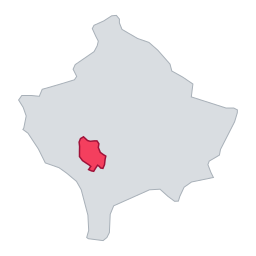 Orahovac on a map of Kosovo (Natural Earth projection)
{"feature_id": "KOS-5891", "entity_name": "Orahovac", "entity_type": "District", "adm_level": 1, "iso_a3": "XKX", "parent_name": "Kosovo", "parent_adm1": "", "projection": "natural_earth1", "projection_center": [20.611, 42.394], "detail": "fine", "context": "in_parent", "style": "filled", "palette": "rose", "viewbox_px": 256, "rotation_deg": 0, "n_neighbors": 0, "source": "natural_earth", "source_scale": "10m", "svg_char_len": 1332}
<svg xmlns="http://www.w3.org/2000/svg" viewBox="0 0 256 256"><path d="M58.6,84.6L74.4,79.8L76.7,76.4L73.1,69.2L75.2,64.6L94.1,51.6L97.2,45.8L98.3,41.1L95.8,36.3L92.3,28.6L94.0,25.3L103.8,20.9L111.7,15.8L116.4,15.4L119.4,19.1L119.4,22.9L122.0,29.4L127.8,32.8L137.6,38.5L148.9,42.4L157.8,50.2L170.0,64.1L171.8,71.0L182.7,77.1L192.9,84.0L191.3,96.9L225.9,108.0L233.7,108.0L237.4,109.9L237.3,112.8L234.6,121.8L220.5,149.4L219.4,155.1L209.2,161.1L207.9,164.6L210.8,172.2L213.4,177.5L213.2,177.5L191.5,182.0L184.1,187.2L179.8,196.4L178.4,201.1L174.6,201.3L168.1,196.5L160.0,189.2L149.5,189.8L113.7,205.8L110.2,214.3L109.4,232.5L106.9,237.5L103.1,240.6L88.3,238.7L86.7,237.5L88.7,230.4L87.9,215.1L81.2,189.7L76.5,181.4L66.6,173.1L59.0,167.7L45.3,162.9L38.4,149.0L28.0,133.2L22.9,129.5L23.8,128.0L26.2,116.0L23.2,107.4L18.6,100.0L21.8,95.5L31.4,95.5L39.3,96.3L42.2,89.3L58.6,84.6Z" fill="#d9dde1" stroke="#a8b0b8" stroke-width="1"/><path d="M88.6,169.6L90.8,166.4L88.6,164.6L86.5,163.3L82.5,160.6L79.5,156.6L79.5,151.6L79.6,146.4L79.1,142.1L80.5,138.6L83.5,136.8L87.5,140.5L90.2,141.3L94.1,140.9L97.0,140.9L98.9,143.8L98.3,147.5L100.3,152.4L103.2,154.5L105.8,156.1L105.1,159.4L104.5,164.7L102.9,168.4L100.6,168.0L99.3,166.4L97.6,165.2L95.7,168.0L93.7,171.3L91.5,170.9L88.6,169.6Z" fill="#f43f5e" stroke="#9f1239" stroke-width="1.5"/></svg>